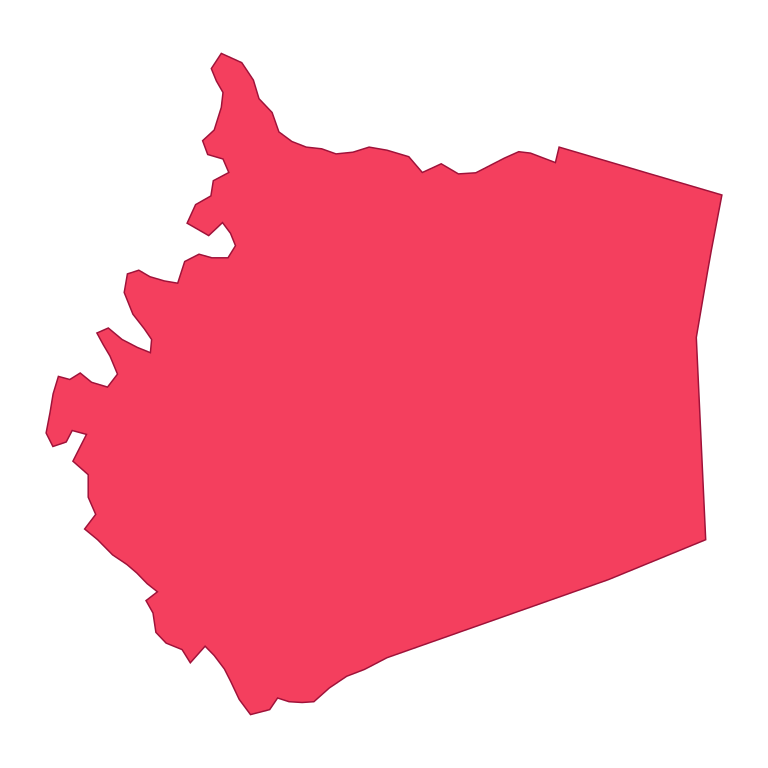 Itabi, Sergipe, Brazil (Natural Earth projection)
{"feature_id": "56859067B58035977346171", "entity_name": "Itabi", "entity_type": "district", "adm_level": 2, "iso_a3": "BRA", "parent_name": "Brazil", "parent_adm1": "Sergipe", "projection": "natural_earth1", "projection_center": [-37.181, -10.102], "detail": "fine", "context": "isolated", "style": "filled", "palette": "rose", "viewbox_px": 768, "rotation_deg": 0, "n_neighbors": 0, "source": "geoboundaries", "source_scale": "gbopen_adm2", "svg_char_len": 1451}
<svg xmlns="http://www.w3.org/2000/svg" viewBox="0 0 768 768"><path d="M705.7,539.7L696.3,337.5L707.4,272.5L711.3,250.5L721.9,195.0L559.1,147.1L555.4,162.6L530.5,153.1L518.7,151.7L504.4,158.1L475.8,172.8L458.4,173.9L441.2,163.8L422.3,172.5L408.8,156.7L387.0,150.2L369.1,147.1L352.9,152.2L336.0,153.9L321.7,148.8L306.2,147.1L291.9,141.5L278.9,131.9L272.1,112.5L259.0,98.7L253.4,80.1L241.8,62.7L221.3,53.4L211.3,68.6L216.4,81.0L223.0,92.5L221.3,107.4L214.2,130.0L202.6,140.7L207.7,154.5L223.0,159.0L228.8,172.5L213.3,180.7L210.9,195.9L195.6,204.6L187.1,223.2L208.7,235.6L222.5,222.6L230.5,233.3L235.5,245.7L228.0,257.8L211.8,257.8L199.0,254.2L184.7,261.5L177.7,283.2L164.2,280.9L149.9,276.7L138.8,270.2L127.4,273.9L124.2,292.5L132.9,314.2L144.3,328.8L151.6,339.5L150.4,352.7L137.3,347.4L122.1,339.5L108.3,328.0L96.9,333.0L103.2,344.6L110.0,356.1L117.5,374.1L107.5,387.1L91.6,382.3L80.2,373.0L69.8,379.5L58.4,376.4L53.1,393.9L50.0,412.7L46.1,433.0L52.9,446.5L66.2,442.0L72.2,430.5L86.5,434.4L72.9,461.2L88.2,474.7L88.2,497.2L95.7,514.4L84.6,529.0L97.6,539.7L112.6,554.9L126.9,564.5L136.8,573.0L147.2,583.7L157.4,591.8L146.0,600.6L153.0,613.0L155.9,632.4L166.1,643.1L182.1,649.6L190.3,662.8L205.1,646.2L214.2,655.5L224.4,669.0L230.7,681.4L239.2,699.4L250.5,714.6L269.7,709.6L277.6,698.0L289.0,701.7L302.1,702.5L313.9,701.7L329.4,687.9L346.6,676.3L364.7,669.3L387.0,657.7L608.2,579.7L705.7,539.7Z" fill="#f43f5e" stroke="#9f1239" stroke-width="1.5"/></svg>